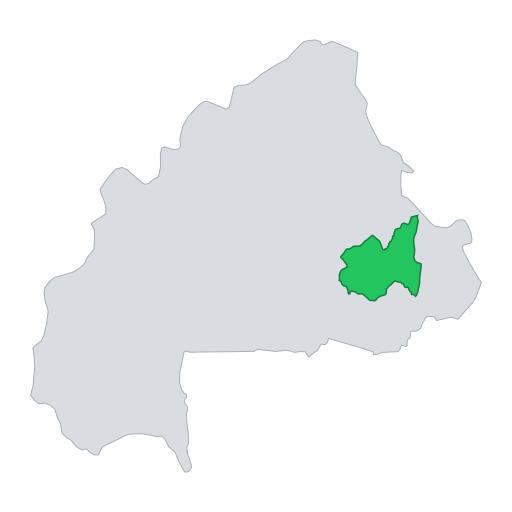 Gourma highlighted on a map of Burkina Faso
{"feature_id": "BFA-2184", "entity_name": "Gourma", "entity_type": "Province", "adm_level": 1, "iso_a3": "BFA", "parent_name": "Burkina Faso", "parent_adm1": "", "projection": "equal_earth", "projection_center": [0.734, 12.217], "detail": "fine", "context": "in_parent", "style": "filled", "palette": "green", "viewbox_px": 512, "rotation_deg": 0, "n_neighbors": 0, "source": "natural_earth", "source_scale": "10m", "svg_char_len": 5162}
<svg xmlns="http://www.w3.org/2000/svg" viewBox="0 0 512 512"><path d="M396.7,351.7L382.0,352.4L376.7,354.6L373.5,354.6L373.4,352.8L373.0,351.8L354.5,345.8L341.5,342.3L328.4,338.4L327.7,342.0L325.8,344.4L322.9,344.6L320.9,344.0L319.6,346.8L317.4,350.6L314.4,352.4L311.4,354.7L309.7,356.7L308.5,356.8L305.5,352.0L301.5,351.5L294.0,352.3L290.7,351.0L286.1,350.4L275.3,351.4L258.0,349.4L255.1,350.5L254.4,351.3L237.3,351.6L218.4,351.8L202.6,352.0L188.8,352.2L188.8,351.4L184.4,351.3L183.9,352.9L179.9,372.0L179.4,382.4L181.4,388.9L183.8,392.9L186.4,394.7L186.6,397.0L184.5,400.0L184.7,403.1L187.1,406.2L187.7,409.6L186.5,413.1L186.7,421.5L188.5,434.8L188.6,443.4L186.8,447.3L187.6,454.1L191.0,463.6L191.5,467.6L190.3,469.5L187.5,472.0L184.6,471.9L181.3,466.1L179.9,463.6L177.2,457.7L174.9,451.8L171.8,449.3L168.8,446.9L165.1,439.4L161.6,435.9L157.8,436.9L152.3,435.5L141.2,433.6L129.2,434.2L124.3,435.9L119.4,438.6L106.9,444.6L102.0,447.5L98.3,455.0L94.0,454.8L89.8,452.5L87.2,449.1L81.5,449.8L76.1,446.5L70.8,440.0L67.0,437.9L62.0,433.2L60.7,424.3L57.6,418.0L54.8,409.3L50.5,405.4L45.5,403.3L38.7,403.7L34.2,400.2L30.7,395.1L31.7,390.7L33.3,384.5L33.6,378.4L34.7,368.7L34.1,356.4L32.9,347.9L36.7,344.4L41.1,341.2L43.9,335.4L46.8,322.4L48.1,311.1L47.2,307.0L45.8,303.7L44.7,298.8L44.1,292.9L44.9,287.8L48.2,283.0L52.4,279.0L55.4,277.1L63.1,275.1L72.9,272.1L78.5,268.8L82.6,265.4L84.9,262.7L87.3,257.3L91.1,253.1L94.0,248.8L94.5,236.9L94.5,230.2L92.4,226.4L91.3,223.2L105.7,214.0L105.9,207.4L103.9,200.1L101.1,194.2L100.1,189.1L104.1,183.2L107.7,178.7L110.3,174.8L116.0,169.0L121.9,167.5L127.2,169.7L142.9,183.4L145.6,184.3L148.9,183.2L153.0,179.6L158.4,176.8L160.5,167.6L160.4,154.2L161.6,148.0L164.5,146.9L173.5,149.5L175.8,149.6L178.5,148.8L180.4,146.4L180.3,142.1L179.9,138.2L183.0,125.7L188.4,116.4L199.3,104.6L202.7,102.3L206.7,101.1L226.1,109.1L229.3,107.2L234.1,87.2L239.4,85.3L245.7,85.0L249.9,83.3L252.0,81.9L261.3,74.3L277.6,64.0L286.4,59.6L288.1,58.0L294.5,50.7L302.8,42.3L308.1,40.6L315.5,40.0L320.1,41.4L321.3,43.8L322.9,45.0L332.4,41.4L346.2,47.1L358.0,52.6L357.3,56.2L357.2,62.4L356.2,72.3L355.0,84.1L359.9,91.8L365.7,100.0L367.3,103.3L365.8,111.4L366.8,116.2L370.0,124.1L375.2,134.2L380.7,144.6L384.4,145.9L388.0,146.8L390.2,148.6L393.3,150.4L396.5,151.6L399.3,153.9L401.0,156.1L403.3,162.5L409.4,166.8L413.7,170.9L412.0,173.1L406.6,172.2L401.6,170.4L401.0,173.5L400.8,185.2L401.6,195.0L402.7,196.3L407.8,198.1L419.8,210.9L430.7,222.9L434.4,226.0L440.4,227.2L447.1,227.7L450.0,226.6L456.6,220.5L460.0,219.9L463.2,220.0L465.0,221.0L468.1,226.0L471.1,233.5L471.9,239.0L471.7,241.9L470.7,243.1L465.3,244.5L463.0,245.6L462.4,247.2L463.3,251.0L464.3,253.4L470.2,264.2L478.7,278.7L481.3,282.5L479.8,286.8L475.5,298.2L472.3,303.0L458.1,319.1L451.1,317.2L436.5,320.5L434.3,316.8L430.9,316.3L426.6,316.9L425.1,318.3L424.6,319.9L423.1,322.1L420.4,328.5L418.3,330.2L415.7,331.2L412.5,331.0L410.6,331.9L410.6,335.0L410.1,337.8L407.9,339.2L407.0,342.3L407.2,345.3L405.9,346.7L403.1,345.9L401.5,345.1L400.0,349.0L398.1,351.7L396.7,351.7Z" fill="#d9dde1" stroke="#a8b0b8" stroke-width="1"/><path d="M339.2,280.5L339.5,279.2L339.3,276.9L339.5,274.2L340.8,270.9L342.5,269.4L344.4,268.6L346.0,267.5L347.2,267.1L347.1,265.1L344.7,262.0L343.4,260.0L341.5,258.2L340.7,257.0L341.2,256.2L344.5,252.2L346.1,249.5L347.6,248.9L349.5,249.1L353.8,246.2L359.9,246.1L362.3,244.0L365.4,240.7L365.9,240.5L367.1,239.8L371.4,235.9L372.7,235.4L379.3,241.0L380.1,242.2L382.7,249.4L384.0,250.4L384.9,249.5L385.2,248.9L385.9,248.6L386.7,248.7L387.3,248.0L387.7,246.7L388.3,246.0L388.7,245.5L388.7,244.4L388.8,243.5L389.6,243.0L389.9,242.4L389.9,241.7L391.0,241.3L391.4,240.3L392.4,238.8L392.5,237.0L392.8,236.0L393.2,236.1L393.6,236.2L394.0,235.9L394.0,234.5L394.1,233.0L395.0,230.3L395.5,229.5L396.4,229.0L397.7,228.6L398.9,228.5L400.0,228.1L400.9,226.7L401.5,224.9L402.3,223.8L403.0,223.4L403.8,223.2L404.8,223.2L405.8,223.8L406.6,224.1L406.9,224.2L407.4,224.3L408.2,224.5L409.0,223.8L409.7,222.5L409.9,221.1L410.4,220.1L410.9,219.4L411.0,218.3L411.2,217.3L411.9,216.9L413.7,216.5L416.0,215.8L417.2,215.7L417.6,215.5L417.3,216.8L417.6,218.7L418.2,221.0L417.8,223.5L417.3,225.2L416.1,232.2L414.8,235.2L413.7,238.6L413.7,242.7L414.7,250.3L414.4,253.7L413.7,257.0L415.0,261.0L417.5,262.7L419.5,263.2L421.1,264.0L421.1,266.3L419.6,278.8L419.6,282.8L419.0,286.5L418.2,289.3L417.6,292.6L416.3,295.5L415.4,296.3L414.9,295.4L414.0,294.6L413.3,294.6L412.9,294.2L412.4,294.1L411.7,294.5L411.4,293.9L411.4,292.7L411.0,292.2L410.2,291.7L409.4,290.5L408.8,289.4L408.6,288.1L408.2,287.3L407.4,287.4L405.5,287.3L404.8,286.9L404.2,285.9L403.8,284.6L403.1,283.8L402.0,283.6L401.2,282.8L400.6,282.2L399.0,282.1L397.1,281.7L395.9,281.0L394.6,280.9L391.2,284.4L388.7,286.5L388.0,287.2L386.6,289.1L386.1,291.3L386.4,293.2L385.1,294.7L379.9,296.4L377.9,297.6L376.2,299.5L375.6,300.6L370.9,300.5L369.7,300.2L363.4,294.5L361.7,293.8L358.2,294.0L356.4,292.8L355.3,291.7L354.4,291.8L351.3,291.0L350.4,291.4L350.1,293.4L349.7,293.9L348.8,293.9L348.3,293.7L348.2,292.5L347.7,289.5L346.3,286.5L343.7,285.8L341.8,284.1L341.2,281.5L340.0,280.8L339.2,280.5Z" fill="#22c55e" stroke="#15803d" stroke-width="1.5"/></svg>